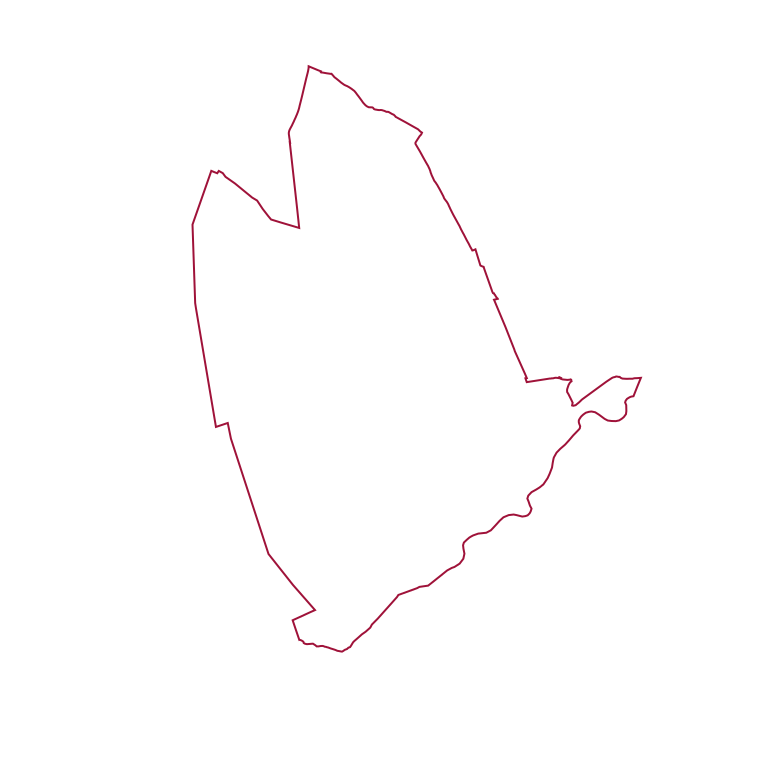 the district of Zanesti, Neamt, Romania, rotated 291°
{"feature_id": "2599482B84158919425532", "entity_name": "Zanesti", "entity_type": "district", "adm_level": 2, "iso_a3": "ROU", "parent_name": "Romania", "parent_adm1": "Neamt", "projection": "natural_earth1", "projection_center": [26.587, 46.826], "detail": "fine", "context": "isolated", "style": "outline", "palette": "rose", "viewbox_px": 768, "rotation_deg": 291, "n_neighbors": 0, "source": "geoboundaries", "source_scale": "gbopen_adm2", "svg_char_len": 5662}
<svg xmlns="http://www.w3.org/2000/svg" viewBox="0 0 768 768"><g transform="rotate(291 384 384)"><path d="M462.0,621.3L471.9,621.4L481.8,621.6L480.3,618.5L479.1,615.7L477.9,614.0L477.5,612.8L476.6,610.6L475.9,609.0L475.3,607.2L474.5,604.6L474.6,602.7L475.1,601.5L475.0,601.1L474.8,600.9L474.7,600.5L474.7,600.2L474.4,598.7L474.3,598.3L474.1,597.9L473.6,597.4L473.3,597.1L472.4,595.7L471.4,594.7L465.9,590.8L441.1,574.8L439.9,574.1L438.9,573.7L436.6,572.6L434.7,571.5L432.9,570.5L431.5,568.5L431.4,567.3L432.0,567.2L434.2,566.8L434.6,566.3L435.9,565.0L437.1,563.7L440.5,560.0L441.6,558.6L442.0,558.0L443.1,557.4L444.6,556.9L445.7,556.8L448.3,556.7L449.6,556.7L451.4,557.0L452.2,557.2L452.8,557.5L453.3,557.8L453.7,558.1L454.4,557.6L454.7,557.5L455.0,557.3L455.2,556.6L454.7,556.0L453.6,553.9L452.3,549.2L452.2,547.5L452.3,546.4L453.1,546.8L453.2,545.1L452.0,544.6L451.8,543.5L451.3,541.9L450.9,541.2L449.9,539.8L449.4,538.5L449.0,538.0L448.7,537.2L448.5,536.8L447.8,535.6L436.9,516.6L440.0,514.0L440.7,515.2L444.1,511.9L461.6,494.3L462.9,493.3L480.7,477.0L487.6,470.4L501.3,457.3L502.1,456.5L504.3,459.7L504.5,459.5L504.6,459.0L505.7,457.2L507.0,455.6L507.2,455.0L507.7,454.5L508.0,454.3L507.9,453.8L507.9,453.2L509.1,451.9L510.1,451.1L527.2,436.5L529.1,435.0L529.0,433.9L529.1,432.5L529.1,431.8L529.2,431.5L537.5,425.0L542.5,421.1L540.9,419.5L540.4,418.8L540.3,418.6L540.8,418.0L541.1,417.7L543.2,415.1L545.0,413.2L547.9,409.7L552.4,404.7L553.2,403.7L556.0,400.5L558.8,397.6L559.5,396.7L561.7,394.1L566.4,388.5L567.9,386.8L571.1,383.3L572.6,381.8L573.7,380.6L574.6,379.8L575.3,379.0L576.4,377.6L576.6,377.3L577.5,375.8L578.7,373.9L579.5,373.0L580.2,372.5L583.9,368.3L585.1,366.9L586.4,365.4L587.6,363.9L588.8,362.5L589.7,361.2L590.6,360.0L591.0,359.3L591.8,358.0L593.5,356.3L596.1,353.6L597.4,352.5L598.1,351.8L599.4,350.9L601.2,349.3L602.2,348.2L603.4,347.0L604.4,345.7L606.1,343.6L609.0,340.1L614.0,334.2L619.3,327.5L620.1,327.0L620.8,326.9L628.0,328.4L630.3,329.3L632.3,329.4L632.7,327.5L634.0,324.5L634.8,319.0L636.1,310.3L636.4,308.0L637.6,299.1L638.0,298.6L638.1,298.4L638.4,297.7L638.6,297.3L638.7,297.0L638.9,296.5L638.9,296.1L638.9,295.6L638.9,295.4L639.0,294.4L639.2,293.3L639.4,292.1L639.6,290.8L639.5,290.0L639.2,289.4L639.1,289.1L639.0,288.8L639.0,288.4L639.0,288.0L639.0,287.6L639.1,287.2L639.1,286.8L639.1,286.2L639.0,285.3L639.0,284.8L639.0,284.5L638.9,283.8L638.7,282.9L637.9,281.2L637.8,280.6L637.7,280.3L637.5,279.4L637.4,278.7L637.1,277.4L637.1,276.4L637.2,275.9L637.6,275.4L637.9,274.8L638.0,274.5L638.0,274.2L638.0,273.6L637.6,272.8L637.4,272.0L637.3,271.7L637.2,271.5L636.9,270.5L637.0,269.5L637.1,268.5L637.6,266.9L637.9,266.2L639.2,263.6L640.5,261.7L641.8,259.7L643.4,257.2L644.6,255.2L645.9,253.2L647.0,251.2L647.2,250.5L647.6,249.0L647.7,248.8L647.8,248.4L648.0,247.6L648.2,246.8L648.6,244.9L648.9,242.9L648.9,242.0L649.0,240.2L649.1,239.6L649.2,239.1L649.3,238.7L649.4,238.4L649.7,237.2L650.0,236.1L650.1,235.7L650.6,234.4L652.0,230.1L652.7,227.7L653.4,226.5L654.8,223.8L654.5,223.3L654.0,221.1L653.6,219.4L653.4,218.4L653.0,216.3L652.7,214.8L652.3,213.7L652.6,213.1L653.3,213.1L653.3,210.4L653.4,206.9L653.6,199.8L651.9,200.4L650.3,200.7L649.3,200.9L647.2,201.2L642.1,201.8L640.5,202.0L637.6,202.4L626.5,203.9L624.3,204.2L622.0,204.5L619.6,204.8L613.6,205.5L612.3,205.7L611.6,205.8L610.7,205.9L609.4,206.0L607.5,206.1L605.9,206.1L604.2,206.1L602.8,206.0L601.4,206.0L598.8,205.8L596.4,205.7L594.2,205.5L592.4,205.4L589.5,205.0L588.5,204.9L587.7,204.8L586.9,204.8L586.2,204.8L584.9,205.0L584.1,205.2L583.5,205.5L583.2,205.6L581.6,206.5L580.3,207.2L577.2,209.0L576.6,209.3L575.9,209.7L575.9,209.4L516.9,239.9L499.3,248.9L497.8,229.8L497.1,219.6L499.3,215.7L503.9,208.1L509.8,199.8L510.8,194.1L517.8,173.0L520.6,161.8L523.1,157.9L523.7,153.4L521.0,152.8L521.0,149.6L521.1,146.4L515.0,146.6L464.2,148.1L391.9,178.7L387.5,181.2L283.7,242.5L291.6,252.1L278.1,260.7L183.9,337.1L163.9,370.8L148.2,400.6L144.4,396.8L130.7,383.4L122.7,390.0L114.8,396.6L115.0,396.8L115.0,398.9L114.7,400.5L114.4,401.2L113.4,401.9L113.2,403.4L113.5,405.3L114.8,408.0L116.1,410.7L115.5,413.6L114.9,415.2L115.3,416.1L115.5,416.8L116.2,417.9L116.8,419.0L117.4,420.4L117.6,421.5L117.5,422.8L117.8,424.0L117.8,425.0L118.0,426.4L118.0,428.9L118.1,430.3L118.2,431.8L118.3,433.9L118.2,436.0L118.5,437.5L118.9,439.8L119.1,440.7L120.0,441.5L121.8,442.7L123.3,444.4L125.1,445.3L126.2,446.6L127.8,447.0L131.8,447.7L133.6,448.5L136.0,449.8L142.4,453.1L146.1,455.6L150.5,457.9L151.7,458.5L155.1,458.9L162.6,462.2L189.8,472.5L192.2,473.0L205.3,488.1L207.3,489.8L211.6,497.5L220.6,502.8L232.6,509.8L236.6,513.2L238.4,515.3L243.4,519.0L249.3,520.7L254.4,519.9L258.7,517.2L261.8,515.6L264.6,515.4L268.0,517.0L271.2,518.7L273.0,520.1L274.6,521.5L278.1,525.6L281.8,532.8L285.7,536.2L291.6,538.6L297.8,541.0L302.4,543.3L306.3,547.4L308.6,551.8L309.1,554.7L309.8,560.6L311.3,563.3L312.9,565.2L315.4,566.3L317.5,566.6L320.5,566.4L322.8,563.8L326.3,560.9L328.4,558.9L331.5,558.7L335.9,560.5L340.1,564.0L343.3,566.4L347.5,568.8L354.8,570.5L359.5,570.8L363.1,570.8L366.2,570.8L370.7,569.8L374.5,569.1L376.3,568.9L381.8,569.7L386.7,571.8L392.3,574.8L397.7,576.9L403.7,579.0L411.7,582.4L412.8,582.7L414.1,582.4L414.9,582.3L416.6,580.7L417.9,579.7L419.0,579.2L420.0,578.9L421.7,579.1L424.2,579.7L425.5,580.3L426.9,581.0L429.5,582.7L431.4,585.2L432.4,587.0L432.7,587.7L433.0,589.4L433.3,591.3L432.4,595.7L431.4,599.3L430.5,602.5L430.1,606.0L431.0,609.7L432.4,613.7L434.2,616.5L436.7,618.4L439.0,619.7L442.5,620.7L445.5,620.0L451.1,617.7L453.2,615.7L455.1,615.6L457.2,616.2L458.7,617.3L459.9,618.3L460.8,619.3L461.1,619.8L462.0,621.3Z" fill="none" stroke="#9f1239" stroke-width="2"/></g></svg>